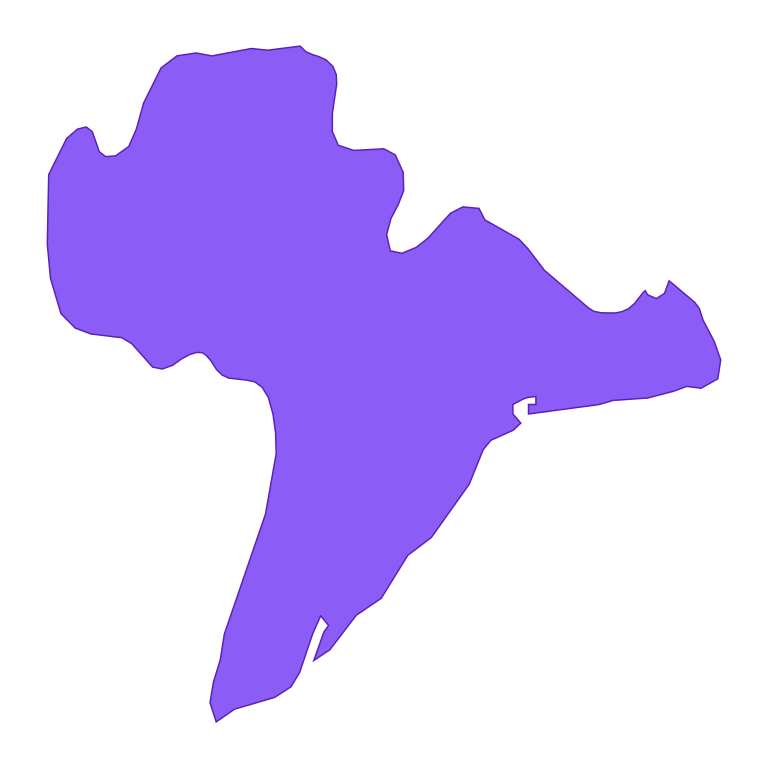 an SVG outline of Nam Định
{"feature_id": "VNM-468", "entity_name": "Nam Định", "entity_type": "Province", "adm_level": 1, "iso_a3": "VNM", "parent_name": "Vietnam", "parent_adm1": "", "projection": "natural_earth1", "projection_center": [106.247, 20.228], "detail": "fine", "context": "isolated", "style": "filled", "palette": "violet", "viewbox_px": 768, "rotation_deg": 0, "n_neighbors": 0, "source": "natural_earth", "source_scale": "10m", "svg_char_len": 1691}
<svg xmlns="http://www.w3.org/2000/svg" viewBox="0 0 768 768"><path d="M645.4,290.7L647.5,294.7L656.3,298.6L664.5,293.4L669.1,280.8L694.8,302.4L699.4,308.7L703.0,320.0L714.2,341.4L720.7,359.9L717.8,378.8L701.1,388.2L686.8,386.4L674.0,391.1L647.6,398.0L613.2,400.4L599.2,404.5L528.5,414.0L528.5,404.5L535.9,404.5L535.9,396.5L528.1,397.4L523.2,399.0L512.9,404.5L512.9,414.0L520.8,423.1L513.4,430.1L490.7,440.4L483.2,449.7L469.2,484.2L431.4,537.4L407.8,555.3L381.3,598.2L356.2,615.3L329.9,649.7L313.8,660.5L323.9,632.0L328.6,625.4L320.6,615.9L312.6,634.0L299.7,672.3L291.0,686.8L274.6,697.4L234.6,709.1L216.2,721.9L210.0,702.7L213.4,682.2L220.3,659.7L224.3,634.2L265.5,514.1L276.2,453.7L275.6,432.9L273.0,414.1L268.3,397.3L262.1,387.2L254.6,381.8L245.8,380.0L228.8,378.1L222.2,375.1L216.7,369.8L211.0,360.9L206.3,355.4L202.1,352.6L196.3,352.5L189.5,354.6L181.4,359.0L172.4,365.4L162.3,369.0L152.6,367.1L131.8,343.7L121.8,337.7L91.0,334.0L75.4,328.2L61.0,313.7L50.5,278.4L47.3,244.1L48.7,174.6L66.6,138.5L77.5,129.1L86.2,127.0L92.3,131.7L99.3,151.7L105.6,156.6L115.5,155.9L128.8,146.5L136.5,128.7L143.6,103.1L161.1,67.9L177.1,55.8L196.1,53.0L211.9,55.9L251.4,48.5L267.7,50.2L300.2,46.1L305.8,51.7L312.3,54.5L319.1,56.7L326.1,59.9L333.0,66.6L336.3,74.7L336.7,84.1L332.4,113.2L332.3,131.5L338.3,145.3L353.8,150.4L383.9,148.8L395.3,154.9L403.2,172.4L403.7,190.5L398.2,204.7L391.0,218.3L386.6,234.7L390.3,250.8L401.9,253.3L416.2,247.4L428.0,238.1L450.4,213.3L462.8,206.9L479.0,208.4L484.9,219.9L519.1,239.3L528.2,249.0L544.4,270.3L588.2,307.7L593.8,311.3L601.1,312.8L615.1,313.0L621.8,311.7L628.3,308.8L634.3,303.8L643.6,291.9L645.4,290.7Z" fill="#8b5cf6" stroke="#5b21b6" stroke-width="1.5"/></svg>